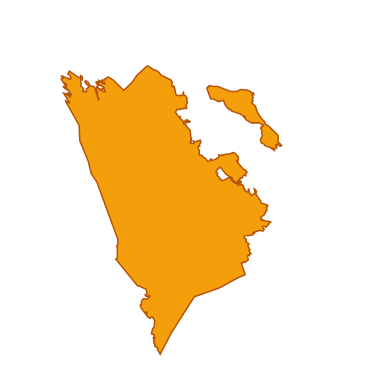 the district of Levanger nor, Nord-Trøndelag, Norway, rotated 75°
{"feature_id": "86288312B82574062898212", "entity_name": "Levanger nor", "entity_type": "district", "adm_level": 2, "iso_a3": "NOR", "parent_name": "Norway", "parent_adm1": "Nord-Trøndelag", "projection": "mercator", "projection_center": [11.15, 63.689], "detail": "fine", "context": "isolated", "style": "filled", "palette": "amber", "viewbox_px": 384, "rotation_deg": 75, "n_neighbors": 0, "source": "geoboundaries", "source_scale": "gbopen_adm2", "svg_char_len": 5983}
<svg xmlns="http://www.w3.org/2000/svg" viewBox="0 0 384 384"><g transform="rotate(75 192 192)"><path d="M245.1,129.5L242.8,125.9L242.2,125.6L242.7,126.2L242.7,126.4L242.5,126.5L242.4,126.6L242.7,126.3L241.0,124.7L240.7,125.1L241.3,124.1L242.2,123.4L241.3,123.8L239.8,126.3L239.4,128.2L237.2,130.6L237.6,131.1L237.3,132.4L235.8,131.8L234.7,132.3L233.5,130.8L233.2,128.8L230.4,125.9L229.7,126.2L228.9,126.0L229.5,126.0L229.4,124.5L225.7,123.7L225.1,122.2L224.1,122.6L220.3,128.3L218.2,128.0L210.6,130.9L208.0,129.5L205.7,130.6L205.1,131.1L209.4,131.3L210.2,134.3L211.0,135.4L208.0,136.5L203.2,136.4L206.6,138.1L204.2,140.9L203.2,140.1L202.8,140.3L203.5,140.9L202.2,140.6L201.1,141.3L199.6,140.5L197.8,141.7L197.5,142.0L198.0,142.3L197.6,143.0L195.6,143.5L197.3,144.8L197.6,145.7L197.2,145.8L196.5,144.4L195.3,143.8L195.3,141.9L194.3,141.9L194.5,142.6L193.9,143.2L194.3,144.2L195.4,144.6L195.2,145.8L195.7,146.7L192.8,149.9L190.4,150.9L190.2,149.8L190.1,150.9L187.6,151.5L187.6,153.2L189.0,158.1L188.8,159.9L187.2,160.7L186.8,161.7L184.9,161.8L182.3,163.6L180.9,162.4L179.2,162.9L178.7,163.4L178.8,163.7L178.8,164.4L178.7,163.7L176.6,161.7L176.2,159.9L175.5,159.2L175.5,158.0L183.6,154.7L188.8,149.7L192.9,148.7L194.3,146.2L194.1,145.0L192.6,144.2L193.1,143.1L190.9,141.8L191.6,140.6L189.1,137.4L190.2,135.8L188.3,135.5L187.1,133.7L184.3,134.9L183.6,136.4L174.5,140.6L173.6,140.7L174.2,139.7L170.5,138.1L165.8,140.2L164.4,142.4L165.0,144.6L164.2,150.1L164.5,152.9L163.9,153.3L164.4,153.4L164.3,154.8L163.1,156.4L164.9,156.9L166.3,159.9L166.8,164.3L164.9,165.0L165.7,166.4L166.5,166.5L166.4,168.9L162.6,170.4L161.4,172.1L159.3,172.9L157.8,175.3L153.9,174.2L149.8,174.7L149.4,174.3L149.8,172.7L148.0,172.5L146.3,170.6L144.2,170.5L144.0,173.3L144.5,175.3L144.3,176.3L142.7,177.6L143.7,177.1L145.7,178.0L144.5,180.7L144.6,180.1L143.9,180.1L144.1,180.8L141.7,180.0L142.7,178.2L141.7,179.7L140.2,178.5L138.4,178.9L131.9,177.8L128.0,180.0L124.8,180.7L124.4,181.0L124.8,181.6L124.6,182.2L123.4,182.5L122.0,181.3L123.6,179.4L123.3,178.8L123.7,178.4L122.8,177.8L124.1,176.3L123.5,175.7L121.3,177.5L121.1,178.5L121.6,178.9L120.9,179.3L122.0,180.7L121.1,182.8L119.5,183.1L117.5,184.8L117.1,184.6L117.5,184.5L117.9,184.1L117.0,184.5L116.3,183.8L115.2,185.8L110.7,187.3L108.4,185.2L109.2,181.5L108.9,181.0L109.4,179.5L108.9,178.3L109.5,177.5L109.6,175.3L107.1,175.6L104.1,173.0L102.5,173.7L100.7,172.5L97.7,173.1L96.2,174.8L92.6,174.2L95.4,175.4L95.9,176.7L95.6,179.5L94.2,182.3L85.7,181.8L85.0,182.1L85.3,183.4L84.5,184.2L80.8,182.6L78.2,183.5L71.0,191.8L68.0,192.8L64.8,195.7L63.9,197.5L58.7,202.0L59.2,203.9L65.2,215.2L70.5,221.5L76.2,231.6L63.5,239.1L59.2,243.0L60.1,246.5L61.2,246.6L60.6,250.2L60.8,250.8L62.8,249.8L63.7,248.2L65.0,248.3L63.8,250.3L60.2,253.2L61.8,253.5L61.2,254.4L62.1,254.4L61.5,255.2L62.4,255.2L60.5,256.6L65.3,255.2L64.2,254.0L67.6,250.4L69.1,249.9L69.7,250.7L68.2,252.6L70.7,250.1L72.5,249.9L72.0,250.5L72.3,251.1L72.2,251.6L69.4,253.6L70.2,253.6L70.0,253.9L65.8,256.8L67.3,257.7L72.5,257.8L74.5,258.5L78.5,258.1L78.7,258.5L65.5,259.0L64.2,260.4L64.2,261.4L63.1,262.3L62.7,263.5L60.4,263.3L56.9,265.7L57.6,266.9L59.5,266.6L63.2,264.3L64.3,265.0L64.8,266.8L65.6,267.7L67.7,267.9L67.8,268.6L67.1,270.3L65.8,272.2L66.1,270.7L63.8,270.0L60.6,272.1L59.1,271.1L54.7,270.7L54.0,270.2L55.2,269.1L52.4,268.1L50.7,269.5L52.8,270.0L51.8,272.1L43.5,279.2L46.0,281.4L48.2,279.5L51.1,279.7L50.7,280.2L51.4,280.8L46.1,287.8L46.5,288.3L48.2,287.0L49.4,288.3L49.1,288.9L52.2,288.3L55.2,285.6L56.1,285.5L54.7,287.3L60.7,285.6L58.0,287.1L56.9,288.3L56.7,289.0L57.0,289.2L60.5,286.8L61.2,285.3L67.4,283.0L63.6,287.1L67.6,284.6L68.6,284.9L64.3,288.8L63.3,290.5L74.8,286.9L71.0,290.5L71.4,290.6L98.4,283.8L113.3,287.1L135.8,284.2L148.0,284.6L157.8,281.3L218.7,275.9L224.0,277.4L224.3,278.6L227.2,278.7L236.6,281.3L237.0,283.0L268.6,268.9L269.0,267.5L274.1,261.5L279.2,261.9L279.7,262.7L279.0,263.7L280.0,263.9L281.2,262.9L281.5,261.4L281.0,260.4L281.3,259.7L282.5,260.4L283.6,262.5L283.5,264.1L282.6,266.3L282.9,267.5L285.1,269.4L287.1,269.6L287.6,271.0L288.4,271.4L291.9,270.8L297.8,268.4L297.8,267.5L296.5,267.8L295.9,267.2L296.3,266.6L299.0,267.8L301.3,267.2L303.3,265.0L302.0,263.6L302.4,262.5L306.7,261.4L312.2,263.3L313.8,265.3L318.0,267.8L319.2,267.4L319.2,266.2L320.2,265.7L323.5,267.2L324.0,266.4L322.8,266.0L323.5,265.5L325.9,267.7L327.9,267.0L328.4,267.9L329.7,267.1L331.1,268.0L334.0,265.3L335.2,266.1L340.5,264.7L322.5,248.2L293.8,216.9L291.7,190.2L287.1,171.5L285.5,162.0L273.5,162.8L273.8,161.7L272.6,159.7L273.7,158.9L272.1,155.2L268.6,155.1L267.3,153.7L268.3,152.9L266.6,152.1L266.8,150.9L264.0,152.2L262.5,150.9L262.2,151.5L257.8,151.8L256.6,151.1L256.8,150.5L254.3,152.3L254.3,152.8L251.8,151.7L249.9,153.5L248.4,153.0L248.0,151.8L248.9,147.9L249.2,144.4L247.5,143.7L248.0,142.7L247.0,142.7L247.3,141.7L246.5,140.9L246.9,139.9L246.6,136.7L248.1,133.6L246.5,131.7L245.2,132.8L243.7,132.4L243.6,131.3L245.1,129.5ZM170.3,93.4L165.6,95.9L159.6,94.1L148.3,100.8L145.5,103.6L143.1,103.5L139.3,105.8L132.3,108.1L125.3,108.6L121.3,111.2L120.1,110.9L119.9,109.4L118.3,109.7L116.8,108.4L114.1,109.0L113.4,108.2L114.0,107.1L112.2,107.1L111.6,108.9L109.7,109.7L107.3,113.3L107.4,114.3L106.2,116.4L105.6,118.7L106.5,122.9L104.7,129.0L96.8,139.7L95.2,145.0L93.7,147.7L94.4,147.9L94.4,148.9L94.9,149.3L94.9,150.3L95.5,150.8L106.8,149.9L107.3,147.9L111.3,143.4L111.3,142.2L111.8,141.6L111.4,139.3L111.9,137.9L116.7,137.4L121.8,135.1L121.9,134.1L122.6,133.1L124.1,132.7L129.1,125.2L131.9,123.1L132.5,121.3L133.3,121.4L133.0,122.4L136.5,120.9L141.1,116.2L141.3,115.5L140.9,115.1L142.1,112.1L141.8,111.2L142.5,110.3L142.3,109.8L145.5,106.1L146.6,106.3L146.6,107.6L148.0,109.3L151.3,108.5L152.7,109.5L155.6,109.4L159.2,112.4L162.5,112.3L164.3,110.0L165.7,109.8L167.6,107.6L167.9,106.3L172.9,101.9L170.9,102.0L171.6,101.2L171.8,99.7L170.7,98.8L171.5,98.5L168.5,98.7L168.9,98.2L168.1,98.3L168.2,97.3L167.7,97.1L170.7,95.1L170.3,93.4Z" fill="#f59e0b" stroke="#b45309" stroke-width="1.5"/></g></svg>